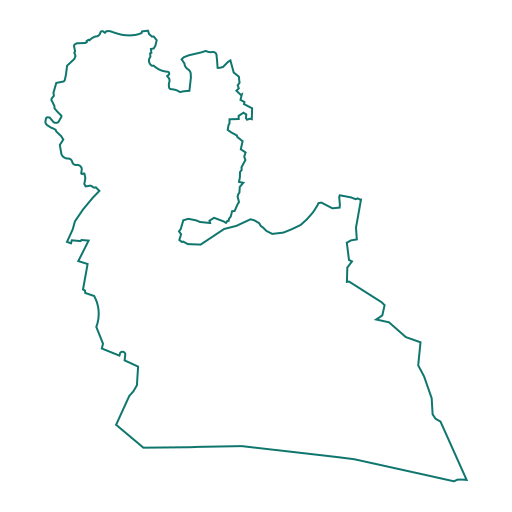 outline of Ath-Thawrah, Ar Raqqah, Syria
{"feature_id": "27442178B46572819209410", "entity_name": "Ath-Thawrah", "entity_type": "district", "adm_level": 2, "iso_a3": "SYR", "parent_name": "Syria", "parent_adm1": "Ar Raqqah", "projection": "natural_earth1", "projection_center": [38.3, 35.804], "detail": "fine", "context": "isolated", "style": "outline", "palette": "teal", "viewbox_px": 512, "rotation_deg": 0, "n_neighbors": 0, "source": "geoboundaries", "source_scale": "gbopen_adm2", "svg_char_len": 5714}
<svg xmlns="http://www.w3.org/2000/svg" viewBox="0 0 512 512"><path d="M143.4,447.7L191.2,447.2L197.3,446.9L241.6,446.1L336.4,457.0L354.1,459.2L454.0,481.3L457.3,479.7L459.8,479.6L462.1,479.6L464.3,479.7L466.6,479.9L440.5,421.6L435.5,418.7L432.6,414.3L431.7,398.3L424.1,376.5L418.2,365.3L420.5,342.3L405.8,337.1L389.0,322.3L376.2,319.5L382.3,315.4L384.6,305.2L381.7,302.3L349.1,281.6L346.9,281.9L347.3,267.6L352.0,261.4L349.0,260.0L346.8,242.7L351.0,240.4L356.8,239.4L356.0,227.6L361.0,199.5L359.7,199.5L357.8,198.4L355.7,199.2L351.0,197.4L339.8,195.3L339.2,196.8L339.9,205.0L339.6,207.6L332.4,208.3L321.4,202.6L318.5,203.1L317.4,205.5L313.1,212.2L306.9,219.3L300.6,225.0L291.8,229.2L283.4,232.6L272.3,233.9L266.5,231.0L263.0,227.5L260.9,226.1L259.2,223.2L254.5,220.4L250.5,219.3L236.3,225.9L224.1,229.0L200.6,244.6L187.8,244.1L183.2,241.6L182.0,242.0L179.3,240.0L181.1,234.2L179.0,231.4L180.8,228.8L183.3,220.3L188.3,218.8L195.9,220.3L200.1,222.0L210.1,223.0L209.5,220.7L214.0,217.8L223.6,221.4L226.0,222.9L227.4,220.9L228.6,220.9L229.0,218.8L230.8,216.4L232.1,211.2L234.6,211.0L237.6,204.2L239.0,202.1L237.6,196.6L238.2,194.3L239.4,192.6L239.8,186.9L243.3,182.8L239.0,181.9L239.9,177.3L240.0,172.1L241.7,169.9L241.5,167.3L245.4,160.0L244.2,156.6L245.6,152.5L240.8,149.3L242.6,141.2L237.3,137.0L236.9,135.5L231.1,132.3L227.7,129.9L228.6,124.8L229.5,123.5L229.5,119.3L238.7,119.0L238.6,115.9L243.5,112.7L246.3,114.5L245.9,118.0L247.0,119.7L250.1,118.7L251.8,119.2L252.1,108.3L244.0,104.1L244.4,102.0L240.5,99.9L241.8,94.4L240.9,95.0L236.4,90.7L238.8,88.4L237.7,85.3L239.6,82.7L239.3,81.1L238.9,76.7L233.7,72.5L230.4,60.4L227.8,62.1L223.0,67.0L219.4,67.9L217.6,67.9L217.0,59.8L216.6,56.1L216.6,55.5L216.5,54.8L216.4,54.4L216.2,54.0L216.0,53.5L215.6,53.1L215.3,52.8L214.9,52.5L214.4,52.3L214.0,52.1L213.5,52.0L212.9,51.9L210.9,52.2L210.1,52.2L209.4,52.1L208.0,51.8L207.1,51.5L206.3,51.1L205.6,51.0L201.2,52.4L188.8,55.3L183.9,57.2L181.6,59.3L184.5,63.6L184.6,64.5L184.8,65.4L185.2,66.3L185.7,67.1L186.2,67.8L186.8,68.4L187.4,68.9L188.4,69.6L189.0,70.1L189.6,70.8L190.1,71.6L190.5,72.5L190.7,73.4L190.9,77.5L189.4,90.8L183.4,91.3L180.0,92.1L179.0,91.5L178.0,90.9L176.9,90.4L175.8,90.0L174.8,89.7L173.7,89.5L172.4,89.3L171.2,89.2L170.6,89.1L170.2,88.9L169.8,88.7L169.5,88.3L169.3,88.0L169.1,87.5L169.0,86.8L168.9,85.9L168.8,85.0L168.9,84.2L169.0,83.3L169.2,82.5L169.4,81.7L169.5,81.2L169.5,80.5L169.5,79.8L169.4,79.3L169.2,78.9L168.8,78.0L168.5,77.7L168.2,77.3L167.3,76.5L167.2,76.3L167.2,76.1L167.2,75.8L167.4,75.6L167.6,75.5L168.2,75.3L168.5,75.1L168.9,74.7L169.1,74.3L169.2,73.7L169.2,73.2L169.0,72.7L168.7,72.2L168.2,71.9L167.8,71.8L165.3,71.5L164.1,71.2L163.0,71.0L161.2,70.4L159.5,69.7L157.9,68.8L156.5,67.9L154.9,66.8L154.5,66.3L154.0,65.9L153.5,65.7L153.0,65.7L152.6,65.7L152.1,65.8L151.7,65.6L151.0,65.1L150.5,64.6L150.0,64.0L149.7,63.4L149.3,62.6L149.1,61.8L149.0,61.0L149.0,60.2L149.1,59.3L149.4,58.5L149.7,57.9L150.4,56.7L150.1,53.4L151.4,52.8L150.9,49.0L153.7,48.5L155.4,45.7L156.7,40.2L153.7,36.5L151.8,36.5L149.1,34.1L148.0,30.7L142.1,31.4L141.5,33.1L139.0,34.0L136.5,34.7L135.7,34.9L133.5,35.1L131.7,35.3L129.7,35.4L127.5,35.3L125.3,35.2L122.8,34.9L120.6,34.5L118.9,34.0L117.0,33.5L114.2,32.6L109.8,31.1L106.6,31.1L104.9,32.8L103.1,31.4L102.5,31.2L101.9,31.2L101.6,31.3L101.3,31.4L101.0,31.7L100.7,31.9L100.4,32.4L100.1,33.4L99.7,34.3L99.1,35.0L98.7,35.4L98.3,35.7L97.8,36.0L97.1,36.3L96.4,36.4L95.7,36.4L94.6,36.8L93.5,37.3L92.4,37.9L91.4,38.6L90.5,39.3L89.4,40.3L88.5,39.8L86.6,41.1L86.8,42.1L85.2,43.0L76.7,43.3L74.4,44.7L74.0,45.9L75.1,51.5L74.3,52.8L75.5,56.0L74.3,59.0L67.1,65.7L65.9,75.0L64.8,80.0L64.6,80.4L64.4,80.7L64.2,81.0L63.8,81.3L63.5,81.5L63.1,81.6L56.3,82.9L53.4,93.0L53.8,94.6L53.9,95.7L52.1,98.0L51.8,98.3L51.6,98.7L51.5,99.2L51.4,99.5L51.4,99.9L51.5,100.2L51.6,100.5L51.8,100.9L52.1,101.3L54.4,106.0L54.5,108.3L57.0,111.3L61.5,115.9L61.2,117.1L58.4,122.1L57.9,122.4L57.2,122.7L56.3,122.8L55.5,122.8L54.6,122.7L53.8,122.3L53.6,122.2L50.3,118.3L49.6,117.5L47.1,117.3L46.0,118.3L45.5,120.9L45.4,121.5L45.4,122.1L45.6,123.0L46.0,123.8L46.5,124.5L46.8,124.9L47.2,125.2L47.6,125.5L48.1,125.7L49.4,126.6L50.5,127.3L51.9,128.0L53.3,128.5L55.6,129.8L56.3,131.5L61.1,136.1L63.3,139.5L61.5,142.4L59.8,144.9L61.4,154.1L61.8,155.0L62.4,155.9L63.0,156.6L63.6,157.1L64.4,157.6L65.2,158.0L66.0,158.3L66.8,158.5L67.7,158.5L68.6,158.5L68.9,158.6L69.6,158.8L70.3,159.1L70.7,159.4L71.0,159.7L71.6,160.4L72.0,161.2L72.4,162.4L72.6,163.0L73.1,163.7L73.7,164.2L74.5,164.7L75.3,164.9L76.1,165.0L77.2,164.9L77.8,164.9L78.5,165.1L79.1,165.3L79.8,165.7L80.4,166.2L81.6,167.9L81.8,169.3L81.3,172.6L81.2,172.9L81.2,173.2L81.3,173.5L81.7,173.9L81.9,174.0L82.2,174.0L82.6,173.9L83.0,173.6L83.3,173.5L83.6,173.4L83.9,173.4L84.2,173.5L84.4,173.7L84.6,174.0L84.7,174.3L84.7,174.6L84.6,174.9L85.3,177.5L85.1,179.8L84.3,183.9L85.6,186.4L88.9,185.9L89.5,185.7L90.3,185.7L91.0,185.8L91.6,186.1L92.1,186.4L92.6,186.8L92.9,187.1L93.3,187.3L93.8,187.5L94.4,187.6L95.0,187.6L95.8,187.3L99.4,190.9L92.8,197.7L83.0,209.5L74.9,221.4L72.7,229.4L67.0,241.9L71.0,243.3L71.8,240.3L80.5,241.1L81.5,240.0L88.6,240.6L78.3,261.1L87.6,264.0L83.0,289.5L84.9,290.5L85.3,293.0L94.2,296.0L95.0,297.7L95.7,299.2L96.3,300.7L97.0,302.5L97.3,303.7L97.7,305.3L98.1,306.9L98.3,308.5L98.5,309.7L98.6,311.4L98.7,313.0L98.7,314.6L98.6,315.9L98.5,317.5L98.3,319.1L98.0,320.7L97.7,322.3L97.3,323.8L96.8,325.4L96.3,326.9L103.0,343.7L101.8,348.5L119.4,355.6L120.2,352.9L120.7,352.4L121.1,352.1L121.4,351.9L122.2,351.8L123.0,351.8L123.4,351.9L123.7,352.0L124.3,352.4L124.8,352.9L125.1,353.6L125.3,354.2L125.3,354.5L124.6,360.4L138.1,366.6L136.9,385.3L133.4,391.3L129.3,395.9L116.1,424.8L143.4,447.7Z" fill="none" stroke="#0f766e" stroke-width="2"/></svg>